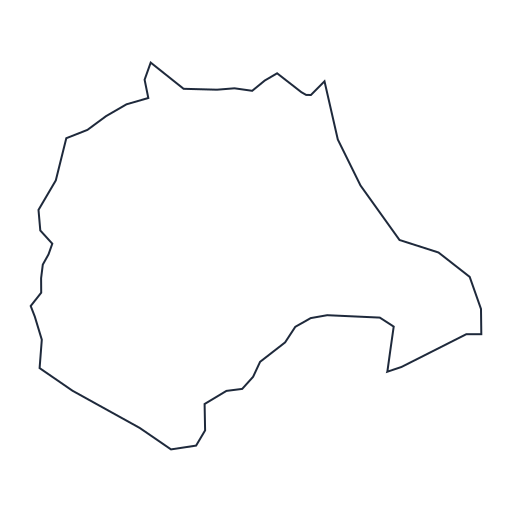 Cimişlia, Equal Earth projection
{"feature_id": "MDA-1633", "entity_name": "Cimişlia", "entity_type": "District", "adm_level": 1, "iso_a3": "MDA", "parent_name": "Moldova", "parent_adm1": "", "projection": "equal_earth", "projection_center": [28.851, 46.62], "detail": "fine", "context": "isolated", "style": "outline", "palette": "slate", "viewbox_px": 512, "rotation_deg": 0, "n_neighbors": 0, "source": "natural_earth", "source_scale": "10m", "svg_char_len": 807}
<svg xmlns="http://www.w3.org/2000/svg" viewBox="0 0 512 512"><path d="M481.3,334.2L466.3,334.2L401.4,367.0L387.3,371.7L387.4,371.4L390.1,351.9L393.7,326.6L379.8,317.6L327.2,315.2L310.7,318.1L295.3,326.8L285.1,342.4L260.1,361.8L253.1,376.8L242.2,388.9L226.4,390.9L204.6,404.0L205.1,430.4L196.1,445.6L171.0,449.4L139.8,428.0L72.6,390.8L39.6,368.1L41.8,339.7L34.8,316.6L30.7,306.0L41.2,292.7L41.1,278.2L42.8,264.6L48.5,254.4L52.3,243.7L40.3,230.5L38.5,209.9L55.8,180.4L66.3,138.2L87.4,129.9L106.1,116.1L126.5,104.3L148.3,98.0L144.6,79.7L150.7,62.6L183.6,88.8L217.0,89.7L234.5,88.3L252.2,90.8L264.8,80.5L277.1,73.3L301.4,92.2L306.1,94.9L310.9,95.0L324.5,81.3L337.8,139.5L360.5,185.5L399.5,240.0L438.5,252.5L469.7,276.9L481.0,309.0L481.3,334.0L481.3,334.2Z" fill="none" stroke="#1e293b" stroke-width="2"/></svg>